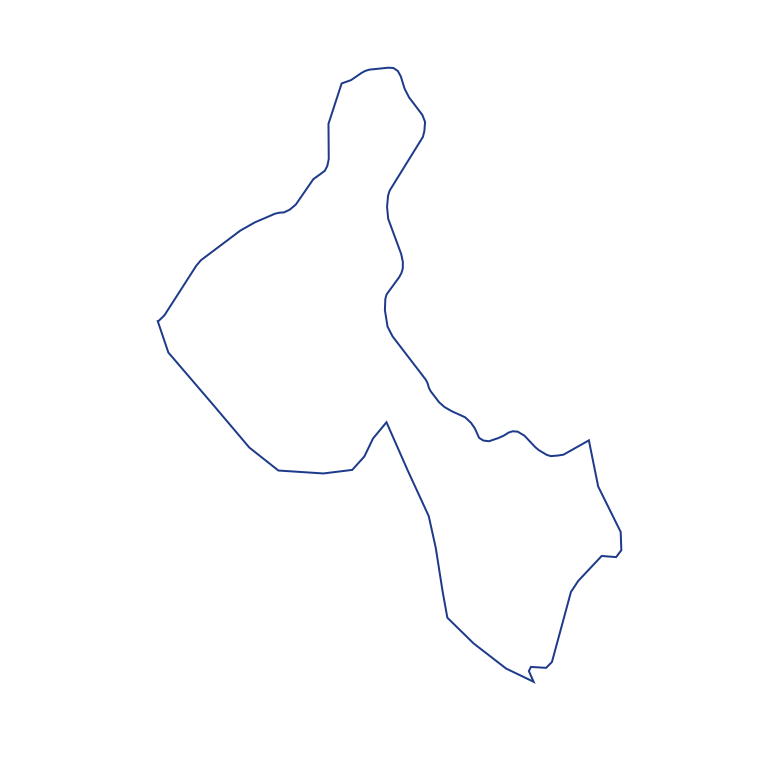 SVG path tracing the border of Wrexham, rotated 263°
{"feature_id": "GBR-2127", "entity_name": "Wrexham", "entity_type": "Unitary Authority (wales)", "adm_level": 1, "iso_a3": "GBR", "parent_name": "United Kingdom", "parent_adm1": "", "projection": "robinson", "projection_center": [-3.021, 52.962], "detail": "fine", "context": "isolated", "style": "outline", "palette": "blue", "viewbox_px": 768, "rotation_deg": 263, "n_neighbors": 0, "source": "natural_earth", "source_scale": "10m", "svg_char_len": 1420}
<svg xmlns="http://www.w3.org/2000/svg" viewBox="0 0 768 768"><g transform="rotate(263 384 384)"><path d="M474.0,167.1L474.1,168.0L478.9,174.4L524.3,212.1L529.2,217.4L553.8,260.1L560.2,275.6L566.3,296.5L566.8,300.9L566.5,305.6L568.5,311.6L572.8,318.3L595.9,338.8L602.8,351.2L607.3,354.3L614.1,356.6L649.0,360.6L687.1,378.4L687.5,378.6L689.6,388.2L695.4,399.4L697.0,403.3L697.8,407.8L697.4,427.0L696.5,431.8L693.0,435.9L687.1,438.2L674.7,440.4L665.4,443.8L646.5,454.8L639.1,456.7L630.2,454.9L624.6,452.8L575.3,413.2L570.5,411.0L559.4,408.6L547.4,408.3L510.9,416.9L502.8,417.6L496.2,416.7L492.0,414.8L488.2,412.1L472.6,397.5L468.3,395.7L457.3,393.9L440.5,394.5L430.2,398.3L383.0,426.1L379.3,427.4L374.7,428.1L371.0,429.5L359.1,436.5L353.7,441.3L348.8,447.8L341.1,460.4L334.9,465.6L328.8,468.8L319.0,471.8L315.8,475.7L314.4,481.2L316.4,490.9L318.2,496.7L320.6,501.8L321.4,506.0L320.4,510.9L315.6,517.1L302.9,526.4L299.5,529.6L294.0,536.6L292.1,540.7L291.8,547.8L292.0,553.6L303.1,580.5L302.7,580.5L256.1,584.1L208.3,600.9L190.1,599.3L183.9,593.3L186.8,579.1L164.9,552.8L154.8,544.2L87.6,516.8L82.5,510.3L85.3,495.4L81.4,492.8L70.2,496.2L86.7,470.5L115.5,441.4L144.3,418.4L170.7,416.9L215.0,415.4L247.4,412.3L295.3,397.0L345.7,381.8L331.3,366.5L314.5,355.7L302.6,342.0L302.6,312.9L311.0,268.6L319.8,259.9L337.3,242.6L384.0,212.0L441.5,173.8L473.4,167.2L474.0,167.1Z" fill="none" stroke="#1e3a8a" stroke-width="2"/></g></svg>